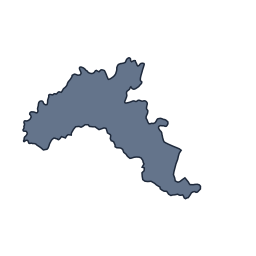 the district of Brest, Brest, Belarus, rotated 300°
{"feature_id": "67162791B30498032594927", "entity_name": "Brest", "entity_type": "district", "adm_level": 2, "iso_a3": "BLR", "parent_name": "Belarus", "parent_adm1": "Brest", "projection": "robinson", "projection_center": [23.755, 51.901], "detail": "fine", "context": "isolated", "style": "filled", "palette": "slate", "viewbox_px": 256, "rotation_deg": 300, "n_neighbors": 0, "source": "geoboundaries", "source_scale": "gbopen_adm2", "svg_char_len": 5777}
<svg xmlns="http://www.w3.org/2000/svg" viewBox="0 0 256 256"><g transform="rotate(300 128 128)"><path d="M189.9,100.6L189.5,99.6L188.9,99.1L188.0,98.5L187.2,98.0L187.4,97.1L187.7,96.5L188.4,96.1L189.3,95.4L189.5,94.3L189.2,93.6L188.5,93.1L187.2,92.6L186.6,92.5L184.9,92.7L183.4,92.8L182.5,92.1L181.7,91.5L181.3,90.9L180.4,89.9L180.1,89.4L179.0,88.5L178.2,87.9L177.4,87.8L176.4,87.8L174.7,88.1L172.9,89.1L171.6,89.6L170.1,89.9L168.9,90.2L166.7,90.1L165.0,89.6L163.4,88.9L162.0,88.2L161.0,87.5L160.3,86.7L160.8,85.7L161.5,85.0L162.0,84.1L162.7,83.3L163.5,82.4L164.3,81.3L165.1,80.2L165.9,78.9L165.8,78.0L165.6,77.1L165.2,76.0L164.6,75.4L163.5,75.1L162.5,75.0L162.1,74.4L162.1,73.7L162.0,72.9L162.1,71.9L161.4,71.2L160.7,71.1L159.2,71.0L158.0,70.4L157.3,69.7L156.7,68.7L156.3,67.2L156.3,65.9L156.5,65.0L157.0,63.9L156.9,62.8L157.3,61.7L157.6,60.9L157.7,59.5L157.7,58.8L157.5,57.9L157.5,57.4L157.0,56.3L156.5,55.9L155.8,55.9L155.1,56.3L154.2,57.3L153.8,58.0L153.4,58.5L152.5,59.6L151.8,60.1L150.1,60.0L149.2,59.0L148.6,58.0L148.5,57.2L148.4,56.6L148.3,55.9L148.0,55.0L147.8,54.6L146.6,53.8L145.6,53.3L144.5,53.8L143.1,53.8L142.1,53.8L140.4,53.6L139.8,53.5L138.5,53.2L137.5,53.2L136.2,53.3L135.2,53.6L134.1,53.7L133.2,53.6L131.8,53.3L131.0,53.0L129.8,52.5L128.9,52.5L128.1,52.5L126.6,52.5L125.5,52.3L125.2,51.4L125.0,50.6L124.7,50.0L124.0,49.6L123.6,49.5L121.9,49.1L121.4,48.7L121.3,48.0L121.0,47.3L120.2,46.6L119.3,46.4L118.8,45.8L118.6,45.1L118.4,44.3L117.8,43.3L116.9,42.9L116.1,43.3L115.2,43.9L114.2,44.0L113.4,44.2L112.0,44.5L111.1,44.9L110.5,45.3L109.6,45.7L108.6,46.0L107.8,46.1L107.3,45.6L106.9,45.1L106.8,43.8L107.0,42.9L107.4,42.2L108.2,41.3L108.4,40.2L108.0,39.3L107.2,38.4L105.9,38.0L105.1,38.1L103.8,38.5L102.8,39.0L101.9,39.3L101.1,39.5L100.1,39.8L99.5,40.0L98.6,40.7L97.8,41.6L96.4,41.8L95.5,41.5L95.2,40.8L95.0,39.4L94.8,38.5L94.6,38.0L93.6,36.1L92.4,35.5L91.7,35.6L91.0,35.8L90.6,36.2L90.5,37.1L89.9,37.8L89.4,38.4L88.9,38.7L87.7,38.7L86.8,38.8L85.7,38.4L85.0,38.0L84.4,37.7L83.5,36.8L83.1,36.1L82.8,35.3L82.3,34.8L81.1,34.9L80.3,35.5L80.0,36.2L78.7,36.9L77.9,36.9L77.0,37.2L76.2,37.9L75.6,38.0L74.7,38.0L73.8,38.0L73.1,39.0L73.5,40.0L74.2,41.3L74.0,42.1L73.5,43.0L72.5,43.6L70.9,43.6L69.7,43.4L68.6,43.0L68.0,43.0L67.1,43.2L66.5,43.7L65.7,43.8L64.8,43.9L64.2,44.4L64.5,45.1L65.3,45.3L66.4,45.9L67.0,47.1L67.0,47.6L66.1,48.7L65.3,49.7L65.5,50.7L66.2,51.4L66.7,52.2L66.8,53.1L67.4,54.1L67.9,55.3L68.0,56.3L67.6,57.9L67.6,59.0L67.4,62.0L66.7,65.7L68.1,67.3L69.1,68.5L70.8,68.8L73.3,68.4L74.9,68.0L76.7,67.9L78.9,67.8L80.5,68.1L82.1,68.8L82.7,69.9L82.7,70.8L83.2,72.2L83.0,73.0L83.2,73.8L84.9,74.4L87.3,74.7L88.1,78.8L90.5,78.8L92.3,79.5L93.5,82.4L95.3,81.5L99.7,81.5L102.9,82.0L104.9,84.8L105.2,86.9L106.7,88.0L109.4,89.2L110.9,91.9L110.1,93.8L111.5,97.0L112.6,98.9L112.3,101.3L112.1,103.7L113.9,105.3L116.1,107.2L116.7,109.2L115.1,111.0L113.5,112.7L113.4,116.0L112.7,116.9L109.9,118.0L108.6,119.8L108.9,121.3L108.8,122.6L106.8,125.3L105.3,126.2L105.3,128.2L106.4,130.3L107.0,131.8L106.8,134.1L105.6,135.5L104.8,136.5L104.3,139.6L103.5,141.0L103.0,142.7L102.7,144.9L103.7,146.1L105.7,147.9L107.1,149.8L108.3,152.2L108.6,154.2L107.4,156.9L105.7,158.5L104.9,159.8L101.1,159.8L101.6,162.1L99.1,163.3L96.2,162.5L93.2,164.5L90.7,166.6L90.4,169.2L91.4,171.7L92.2,172.9L93.4,174.6L93.4,178.8L92.9,181.1L92.8,185.3L91.5,186.3L91.2,188.5L91.3,190.8L92.5,193.2L91.0,196.3L91.0,198.9L92.3,200.1L93.6,202.0L95.5,204.1L95.5,206.0L96.1,207.3L97.4,208.8L96.7,210.2L95.6,211.6L95.5,213.1L97.1,214.2L97.8,215.0L101.2,215.3L103.6,215.3L105.2,216.2L106.3,217.6L106.3,219.1L107.3,220.2L111.4,221.2L113.8,219.9L114.4,218.2L114.0,216.3L112.5,214.0L111.7,213.1L110.0,210.1L110.3,209.0L111.4,207.2L112.0,205.6L112.8,203.6L113.3,202.2L110.3,200.8L107.7,199.8L106.0,198.4L105.8,195.4L108.1,193.4L110.3,190.7L112.9,189.7L120.8,187.5L125.6,186.7L128.8,185.7L131.8,185.0L135.3,185.2L135.6,182.8L135.3,180.2L135.0,178.1L134.7,175.9L134.4,173.1L134.2,171.3L134.0,168.5L134.0,166.3L134.9,164.9L136.0,163.8L136.8,162.9L138.5,161.5L139.5,160.5L140.7,159.6L141.3,158.7L141.6,157.9L141.8,156.9L142.4,155.9L142.9,154.8L144.0,154.0L144.8,153.9L145.7,154.4L146.4,155.0L146.8,156.1L147.4,157.1L147.8,157.9L148.0,159.3L148.6,160.2L149.6,160.5L151.6,160.5L153.2,159.5L153.6,157.9L153.8,156.6L153.6,155.3L153.2,154.5L153.0,152.8L152.7,151.5L152.3,150.9L152.0,150.5L151.6,150.0L150.7,149.1L149.7,148.9L147.9,149.0L146.0,148.8L144.5,147.6L143.9,146.1L143.1,145.4L142.7,145.0L142.2,144.1L142.5,143.2L143.0,142.3L143.6,141.6L144.1,141.0L144.8,140.1L145.2,139.2L145.5,138.8L146.4,138.3L147.0,138.0L148.1,137.8L149.3,137.7L150.7,137.5L152.4,136.8L153.1,136.3L153.3,135.6L153.7,134.7L154.1,134.3L155.0,133.8L156.0,133.4L157.3,133.0L158.4,132.7L159.3,132.1L159.9,130.9L160.1,129.8L159.9,128.9L159.6,128.3L158.6,127.3L158.1,126.5L158.0,125.5L157.7,124.2L157.6,123.6L156.9,122.8L156.0,122.4L155.3,122.1L154.7,121.2L154.6,120.3L154.4,119.5L153.8,118.7L152.5,117.7L151.3,116.7L150.0,115.4L149.4,114.7L148.9,114.2L148.4,113.3L148.4,112.6L149.0,112.0L150.1,111.8L151.0,111.7L152.9,111.4L154.2,111.2L155.7,110.7L156.6,109.9L157.5,109.2L158.6,108.8L159.4,108.8L161.1,109.5L162.0,109.8L162.9,109.9L163.5,109.8L164.0,109.7L164.6,109.7L165.1,109.9L164.7,110.5L164.4,111.3L164.2,111.9L164.2,112.6L164.4,113.5L165.0,114.2L165.9,114.9L166.7,115.3L167.7,115.8L169.1,116.5L170.6,116.8L171.5,116.9L172.9,117.3L174.0,117.3L174.9,116.8L175.0,115.8L175.5,114.9L176.4,114.3L177.7,113.7L179.5,113.1L181.9,112.5L184.3,111.9L185.7,111.5L187.1,111.2L188.2,111.0L189.4,110.7L190.3,110.5L191.5,110.1L191.8,109.5L191.5,108.5L191.2,107.9L190.3,106.9L189.0,106.4L188.2,106.4L187.1,106.0L186.6,105.4L187.0,104.4L187.6,103.7L188.0,103.2L188.4,102.6L188.9,101.8L189.7,100.7L189.9,100.6Z" fill="#64748b" stroke="#1e293b" stroke-width="1.5"/></g></svg>